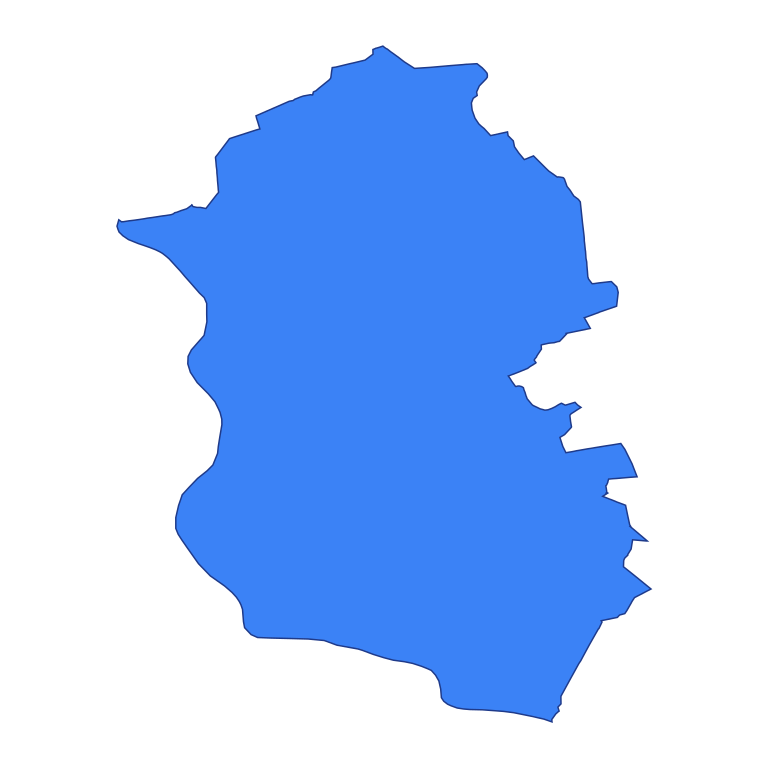 the district of Mežotnes pag., Bauska, Latvia
{"feature_id": "27541924B31734985735044", "entity_name": "Mežotnes pag.", "entity_type": "district", "adm_level": 2, "iso_a3": "LVA", "parent_name": "Latvia", "parent_adm1": "Bauska", "projection": "equal_earth", "projection_center": [24.115, 56.472], "detail": "fine", "context": "isolated", "style": "filled", "palette": "blue", "viewbox_px": 768, "rotation_deg": 0, "n_neighbors": 0, "source": "geoboundaries", "source_scale": "gbopen_adm2", "svg_char_len": 5991}
<svg xmlns="http://www.w3.org/2000/svg" viewBox="0 0 768 768"><path d="M486.2,78.8L487.3,77.2L487.4,75.2L487.2,73.8L486.9,73.0L484.9,70.6L482.2,67.8L477.0,63.7L466.9,64.3L466.2,64.3L464.1,64.5L463.2,64.6L450.6,65.6L429.9,67.4L422.2,67.9L414.5,68.4L403.9,61.6L403.7,61.3L403.3,61.1L399.7,58.3L398.2,57.1L396.6,56.0L393.6,53.8L390.6,51.7L388.1,49.7L387.4,49.1L386.4,48.7L384.9,47.7L382.9,46.1L379.6,47.2L376.6,48.1L375.9,48.2L374.9,48.7L373.2,49.4L372.9,49.5L373.0,54.2L365.1,60.1L353.5,62.9L349.4,63.8L335.8,67.1L332.2,67.6L331.9,69.8L331.6,71.5L331.0,76.5L330.7,78.0L330.4,78.5L330.0,79.0L329.1,80.0L324.0,84.1L321.3,86.3L318.9,88.2L315.8,90.9L313.8,91.7L313.2,92.2L313.3,92.9L312.8,93.9L312.8,94.7L312.4,94.9L311.7,94.9L310.6,94.7L303.4,96.0L300.4,97.0L295.0,99.2L294.8,99.2L293.2,100.5L289.2,101.3L256.0,115.8L256.6,118.4L257.6,121.4L259.9,129.0L258.2,129.4L256.1,130.0L233.8,137.2L230.2,138.4L229.6,138.6L229.2,139.0L228.9,139.5L228.3,140.3L225.2,144.4L219.1,152.5L217.9,154.1L215.8,156.7L215.6,157.1L215.5,157.4L215.5,157.8L215.9,161.5L216.0,162.7L216.3,166.4L216.8,170.1L216.9,171.9L216.9,172.2L216.9,172.5L216.9,172.9L217.1,175.0L217.2,176.0L217.4,178.3L217.5,180.5L217.7,182.7L217.9,184.8L218.1,187.2L218.3,190.1L218.6,192.3L217.7,193.5L217.1,194.1L213.9,198.2L205.9,208.5L200.4,207.4L196.9,207.4L193.1,206.6L192.4,205.9L192.3,205.2L191.8,204.9L191.7,205.2L187.8,208.0L187.1,208.5L186.3,208.9L182.9,210.0L181.3,210.5L176.7,212.3L174.8,212.7L173.5,213.7L172.5,214.2L171.0,214.7L169.3,215.0L168.5,215.1L166.0,215.5L162.0,216.0L152.3,217.5L147.7,218.1L143.9,218.8L139.3,219.5L134.4,220.2L131.9,220.5L129.2,220.8L122.8,221.8L122.5,221.7L121.5,221.8L118.8,219.8L117.0,226.2L117.9,229.1L119.1,232.1L122.9,235.8L128.5,239.6L138.4,243.6L143.5,245.3L150.1,247.6L155.7,249.8L160.0,251.9L162.5,253.4L165.7,255.9L169.1,258.8L173.3,263.4L175.4,265.7L180.1,270.8L184.9,276.5L190.5,282.8L199.5,293.1L204.2,297.6L206.7,303.4L206.7,314.7L206.9,321.8L204.1,335.4L191.4,349.9L188.1,356.4L187.8,363.9L190.4,372.3L197.2,382.6L208.3,393.8L215.0,401.8L218.6,409.1L220.1,412.5L221.8,419.2L221.9,424.6L219.8,437.0L218.3,446.5L217.6,453.4L212.9,465.0L207.1,470.8L197.6,478.4L188.9,487.5L182.2,494.8L180.8,499.1L178.6,505.4L175.8,517.6L175.8,528.4L178.2,534.3L181.8,539.9L186.5,546.7L198.5,563.7L210.3,575.9L224.5,585.9L232.0,592.4L236.4,597.2L239.4,601.7L240.9,604.7L242.5,609.3L243.5,621.8L244.6,627.7L251.1,634.6L257.6,637.5L270.0,638.0L290.3,638.5L308.2,639.0L324.2,640.5L337.0,645.2L358.1,649.0L362.3,650.3L373.3,654.4L383.9,657.7L393.4,660.2L404.4,661.7L412.7,663.4L421.6,666.3L427.8,668.8L431.3,670.4L435.6,675.2L438.9,681.0L440.7,689.1L441.4,697.7L443.8,701.3L447.6,704.2L451.1,705.8L457.2,708.0L463.7,709.0L469.9,709.5L482.3,709.8L494.6,710.7L503.7,711.4L513.8,712.7L531.1,716.2L543.9,719.1L552.0,721.9L551.8,719.5L555.8,713.9L556.6,713.2L558.7,711.3L559.1,711.1L557.9,707.1L561.0,703.9L560.9,697.1L561.0,696.1L571.6,676.7L573.0,674.2L578.9,663.5L580.8,660.7L582.8,656.9L589.3,644.9L594.8,635.2L598.4,628.9L598.9,628.6L602.0,622.1L601.2,620.7L617.4,617.4L619.2,615.4L619.7,615.0L624.8,613.6L626.9,610.5L631.2,603.0L631.9,601.6L634.5,597.6L651.0,589.0L634.9,575.9L623.5,566.8L623.5,566.3L623.7,560.9L623.9,559.9L624.6,558.4L625.1,557.7L625.9,557.0L627.8,555.2L627.8,554.4L631.1,549.1L632.6,539.8L646.5,541.0L647.3,541.0L630.9,527.1L630.1,526.4L630.6,526.2L629.7,524.8L627.7,515.6L625.6,505.5L625.6,505.3L623.4,504.4L616.3,501.8L615.8,501.5L611.3,499.7L610.1,499.3L603.1,496.5L602.7,496.3L607.4,493.3L606.6,493.1L607.2,492.7L606.6,492.4L606.8,492.2L606.3,488.5L605.8,485.8L606.6,485.0L607.8,482.3L607.8,481.9L608.6,479.1L612.9,478.7L616.2,478.5L620.8,478.1L630.2,477.3L637.1,476.8L633.7,468.1L632.1,463.9L624.9,449.4L620.8,443.5L611.7,445.0L605.7,445.9L587.3,448.9L578.2,450.5L576.8,450.7L574.0,451.3L571.9,451.7L567.1,452.5L565.9,452.7L562.8,446.4L559.9,437.4L564.6,434.6L566.0,433.1L571.1,427.6L571.5,426.9L570.6,421.7L569.9,415.8L570.1,414.9L571.2,413.7L574.7,411.5L575.7,410.8L581.0,407.4L578.3,405.5L577.5,404.9L575.0,402.3L567.7,404.5L566.3,404.9L565.5,405.1L565.0,405.0L564.7,404.9L561.8,403.4L561.6,403.3L561.4,403.3L561.2,403.3L558.5,404.7L555.0,406.9L554.9,406.9L551.8,408.4L548.0,409.8L545.5,410.1L545.1,410.1L544.7,410.1L544.3,410.0L543.8,409.8L542.7,409.5L541.5,409.2L540.6,409.0L539.8,408.7L537.4,407.5L534.4,406.1L533.0,405.4L532.2,404.8L531.4,403.9L529.9,402.1L528.5,400.4L527.1,398.7L526.4,396.6L526.0,395.8L525.1,392.6L524.0,389.9L523.4,387.7L521.7,386.6L519.3,386.0L518.0,386.0L516.5,386.4L515.8,386.5L515.4,386.3L511.7,381.2L510.2,378.7L508.3,376.0L515.8,373.2L519.6,371.7L527.8,368.3L529.7,366.8L535.8,363.0L536.0,362.7L534.3,360.4L534.3,359.8L534.8,359.0L536.6,356.8L536.8,356.0L540.9,349.9L541.4,349.2L541.4,348.8L541.2,345.6L541.3,344.9L541.8,344.8L542.5,344.6L548.8,343.2L551.6,342.9L554.1,342.7L557.8,341.6L559.3,341.4L559.8,341.1L566.6,333.9L566.2,333.4L566.6,333.3L589.9,328.5L590.3,328.4L584.3,317.7L584.8,317.6L599.0,312.4L599.1,312.2L603.6,310.7L603.8,310.6L616.6,306.2L618.2,292.4L616.8,286.9L611.4,281.6L610.6,281.6L602.6,282.5L599.0,282.9L594.1,283.6L592.6,283.7L592.0,283.6L588.6,279.1L587.8,276.7L587.4,271.0L587.2,269.0L587.1,267.8L586.9,265.4L586.8,263.7L586.7,261.9L586.3,259.9L586.0,258.4L585.5,251.0L585.3,250.1L585.0,247.1L584.6,243.2L584.3,240.8L584.3,238.9L584.0,235.5L583.2,228.6L583.0,227.0L582.5,222.8L580.3,201.9L578.4,199.4L573.7,195.9L573.0,194.7L572.4,193.9L571.5,192.4L570.0,190.1L567.9,187.5L567.0,186.4L566.8,185.8L565.8,182.9L565.2,181.3L564.5,179.2L563.9,178.4L563.5,177.9L563.2,177.7L562.5,177.5L560.1,177.1L558.1,176.9L557.3,177.1L553.8,174.6L548.7,171.0L545.8,168.2L537.7,160.1L533.5,155.9L530.8,157.0L530.4,157.1L526.4,158.8L525.2,159.2L524.3,159.6L524.2,159.5L518.7,152.9L514.5,146.8L513.3,140.9L510.8,138.4L508.1,135.7L507.5,131.9L490.6,135.6L484.1,128.5L481.4,126.3L478.8,123.9L475.0,118.2L472.2,110.3L471.8,107.3L471.4,102.9L473.2,98.3L477.2,95.5L476.6,92.0L479.3,85.9L486.2,78.8Z" fill="#3b82f6" stroke="#1e3a8a" stroke-width="1.5"/></svg>